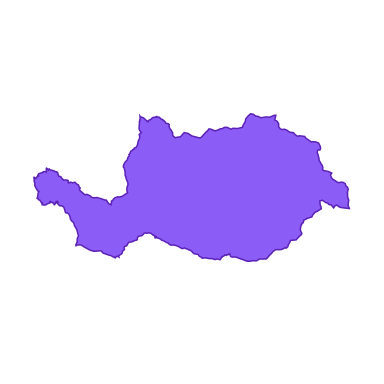 Buces, Hunedoara, Romania (Mercator projection), rotated 338°
{"feature_id": "2599482B61703406686654", "entity_name": "Buces", "entity_type": "district", "adm_level": 2, "iso_a3": "ROU", "parent_name": "Romania", "parent_adm1": "Hunedoara", "projection": "mercator", "projection_center": [22.959, 46.183], "detail": "fine", "context": "isolated", "style": "filled", "palette": "violet", "viewbox_px": 384, "rotation_deg": 338, "n_neighbors": 0, "source": "geoboundaries", "source_scale": "gbopen_adm2", "svg_char_len": 6025}
<svg xmlns="http://www.w3.org/2000/svg" viewBox="0 0 384 384"><g transform="rotate(338 192 192)"><path d="M219.6,277.8L224.0,278.9L224.6,279.5L226.4,280.0L229.6,279.4L233.2,281.0L234.1,281.1L235.4,281.9L237.2,281.4L240.0,279.8L243.1,278.6L244.3,277.7L247.6,276.9L249.2,277.1L250.2,277.8L253.2,278.8L255.8,278.8L257.3,278.4L258.0,279.2L258.6,279.3L260.3,278.6L261.1,277.7L261.3,277.2L263.6,275.5L265.2,273.8L270.6,275.4L275.2,273.2L277.6,272.5L278.3,271.3L278.4,270.4L278.1,269.5L278.4,267.2L280.2,264.3L281.3,263.5L281.1,263.2L282.3,262.2L283.6,262.2L285.3,259.8L287.4,260.0L288.1,259.6L293.7,260.0L295.8,258.2L298.9,256.8L300.4,256.9L305.6,256.0L305.6,255.1L306.1,254.3L306.0,252.1L307.1,248.2L309.8,248.5L312.1,252.0L313.9,253.3L313.9,254.4L314.9,255.4L316.2,256.0L317.4,259.8L319.5,258.3L321.2,258.3L323.1,261.2L324.3,262.2L331.7,266.3L331.7,262.8L334.3,258.2L334.4,255.0L336.1,250.4L337.9,247.9L337.9,245.5L337.0,244.4L337.2,241.6L335.6,239.6L334.4,238.9L331.3,238.2L329.9,236.7L328.8,234.8L327.4,233.2L326.7,231.0L326.7,228.2L328.7,226.8L326.1,224.1L321.9,221.3L321.4,220.3L322.5,218.3L322.7,215.7L322.1,214.0L322.2,212.7L321.7,210.4L322.3,208.5L322.9,204.5L322.8,202.5L323.6,201.0L324.2,200.4L324.8,200.3L326.2,200.9L326.9,200.7L327.9,198.9L328.0,196.8L327.7,194.0L325.5,191.9L322.6,190.5L321.5,190.4L317.5,184.4L317.3,182.7L312.9,180.2L310.7,179.8L309.3,177.8L308.2,174.9L304.9,173.1L302.9,169.9L301.0,168.3L299.1,167.9L297.5,166.6L296.8,163.6L297.9,161.5L297.5,158.5L295.7,156.2L298.5,152.3L297.5,151.8L292.0,151.7L288.9,150.2L283.5,148.9L281.5,146.5L279.7,145.7L277.6,142.5L276.2,142.0L275.7,141.4L272.3,142.6L269.1,144.5L267.8,146.6L264.6,149.0L262.9,150.9L258.1,150.2L253.7,148.2L251.8,148.5L248.8,145.2L246.3,144.2L243.7,144.6L241.8,144.0L238.8,144.2L236.3,144.0L233.5,141.2L231.4,139.8L229.7,140.9L227.8,141.5L221.6,144.5L220.4,144.9L219.4,144.8L212.9,140.0L210.4,136.3L207.0,134.0L201.9,136.5L198.9,135.7L196.8,135.4L195.5,132.9L195.3,132.2L196.2,130.1L195.8,126.5L195.3,125.4L195.2,123.7L195.5,122.0L196.1,121.1L196.1,120.7L195.7,119.9L193.6,118.5L193.4,117.1L192.7,115.3L192.1,114.8L192.2,114.5L191.7,113.6L190.6,112.9L190.5,112.2L189.5,110.2L188.2,109.6L187.0,109.5L186.9,109.3L187.2,108.8L185.7,108.8L184.1,108.3L182.5,108.5L180.6,109.5L179.9,109.2L178.1,109.5L177.4,110.4L176.7,109.2L175.0,105.4L172.4,102.9L172.2,102.1L171.6,104.2L170.4,105.8L170.2,106.7L169.4,107.2L169.5,107.5L166.9,112.8L166.5,114.3L166.6,115.5L166.8,116.5L167.4,117.7L167.1,118.1L166.1,118.2L164.6,118.9L164.1,121.6L163.3,122.8L161.5,124.3L159.1,127.8L157.5,129.3L156.7,129.7L154.8,129.7L154.3,130.6L152.8,130.5L151.7,131.3L150.6,131.2L149.5,132.2L148.8,133.1L147.5,133.7L147.7,134.3L147.3,135.0L145.8,135.7L143.6,138.3L141.9,138.8L139.6,140.5L138.2,142.0L137.7,143.4L138.1,144.2L137.6,147.9L136.2,151.8L136.3,153.7L135.9,155.1L136.0,159.0L135.8,160.0L135.2,161.5L133.4,163.4L132.5,165.3L132.1,166.6L132.0,168.5L126.1,169.8L123.3,169.6L121.1,168.6L118.2,168.5L116.3,169.3L115.3,170.0L113.8,170.3L113.6,171.6L112.7,172.1L112.1,173.6L110.4,171.6L109.5,167.4L108.2,166.8L106.7,165.4L106.0,165.1L105.3,164.0L103.5,163.0L102.0,161.6L98.4,160.4L97.2,159.6L96.7,158.9L96.4,157.9L96.0,157.2L93.6,154.8L91.8,154.5L91.4,154.0L88.8,148.9L88.6,147.3L89.5,146.8L89.8,146.4L89.2,144.5L89.4,143.2L89.1,142.4L88.1,141.6L87.3,139.3L86.4,138.9L84.7,138.8L83.1,137.3L81.0,137.5L80.8,137.1L80.9,136.3L81.5,135.0L79.9,133.7L77.5,132.9L76.4,130.6L76.1,128.6L74.4,127.5L74.6,123.5L74.0,122.5L73.3,122.4L71.9,120.6L68.7,118.3L68.2,117.1L67.5,117.3L67.0,117.8L66.6,116.2L66.0,115.4L65.7,115.7L64.4,118.9L64.0,118.3L62.3,117.6L61.5,117.5L60.7,118.0L57.3,117.6L56.7,117.7L55.3,118.7L55.8,119.6L54.2,119.7L52.4,120.9L52.0,120.4L51.9,120.8L51.5,120.4L51.1,119.2L50.7,119.5L50.5,121.0L49.8,122.4L49.4,125.5L48.7,127.0L48.7,129.1L49.4,133.3L50.3,134.1L48.7,135.7L47.1,138.6L46.1,139.6L46.9,140.0L46.6,141.1L46.8,141.6L47.9,142.7L48.5,145.9L48.8,145.4L49.0,145.7L49.1,146.3L48.7,146.4L48.9,146.8L48.3,147.7L50.4,148.9L51.6,149.2L53.2,148.8L56.3,148.9L56.7,147.6L57.0,147.6L58.0,149.2L58.9,149.6L59.6,152.2L59.9,152.3L61.2,151.4L61.0,151.1L61.2,150.9L61.8,150.9L62.0,150.2L62.6,150.2L62.7,150.6L63.4,150.8L63.7,150.3L64.1,150.9L64.0,151.3L63.5,151.6L63.0,151.0L62.9,151.4L63.0,152.3L64.1,155.2L65.8,155.8L67.4,157.8L67.4,160.1L67.0,163.1L67.2,164.1L68.6,164.7L69.6,166.6L69.7,168.6L69.2,171.2L69.3,172.4L69.7,174.2L70.1,174.5L70.8,176.8L70.4,179.4L71.0,182.6L71.0,184.6L70.3,189.9L69.9,190.6L68.3,191.9L66.7,195.3L64.5,197.5L64.4,198.4L65.7,198.1L68.9,199.3L70.4,200.9L70.9,201.9L74.8,206.7L76.6,208.6L78.2,209.5L78.5,210.1L85.0,212.2L85.7,212.7L86.6,215.2L92.1,220.1L93.1,220.5L94.0,222.0L94.9,222.9L95.5,223.0L95.7,223.9L96.3,224.4L97.7,223.3L99.4,224.3L99.9,225.0L100.2,223.5L102.4,223.3L103.7,222.9L104.6,222.3L105.4,220.8L107.2,220.4L107.7,220.1L108.0,219.7L108.0,218.5L109.0,217.3L111.4,217.4L113.6,215.5L114.8,214.9L117.3,215.7L120.9,215.6L123.0,215.9L123.6,215.5L123.9,214.4L124.3,214.0L125.7,213.0L129.0,213.7L130.6,213.2L132.2,212.3L133.2,212.4L134.5,213.3L136.5,213.6L138.8,215.3L139.6,217.2L140.2,217.3L140.8,219.4L142.1,219.6L142.1,220.1L140.8,220.2L140.5,220.6L140.7,220.9L142.0,221.0L142.8,221.6L144.0,222.8L145.2,223.7L145.7,225.2L147.5,226.7L149.4,229.2L150.7,230.3L151.4,232.1L152.1,233.0L153.1,233.7L154.6,234.0L157.3,235.8L158.8,237.2L161.4,240.6L162.7,241.1L164.0,240.9L165.0,242.3L166.6,243.3L167.4,244.6L168.6,245.4L169.8,247.5L169.9,248.5L170.4,249.0L170.9,250.1L173.5,251.6L174.4,252.4L174.5,253.6L174.8,254.5L175.7,255.3L176.8,257.3L179.4,257.9L183.6,260.5L185.1,261.0L188.2,263.3L189.6,263.4L191.2,264.0L191.9,264.8L193.0,265.3L194.4,264.0L195.4,263.8L195.6,263.6L195.4,263.2L195.6,263.0L196.6,263.3L198.5,263.1L198.7,262.6L199.6,262.9L200.4,263.7L200.9,263.3L202.1,263.7L202.6,263.3L203.8,263.5L203.6,264.4L203.8,264.9L203.6,265.7L203.7,266.4L205.2,267.6L206.1,267.7L208.4,268.9L210.3,270.5L210.7,271.2L211.7,271.7L212.1,272.4L213.5,273.2L214.1,274.1L217.3,276.9L219.6,277.8Z" fill="#8b5cf6" stroke="#5b21b6" stroke-width="1.5"/></g></svg>